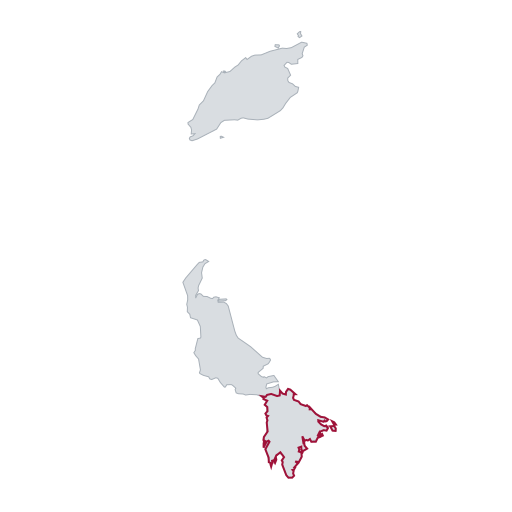 Sabah highlighted on a map of Malaysia, rotated 88°
{"feature_id": "MYS-1186", "entity_name": "Sabah", "entity_type": "State", "adm_level": 1, "iso_a3": "MYS", "parent_name": "Malaysia", "parent_adm1": "", "projection": "mercator", "projection_center": [117.356, 5.751], "detail": "medium", "context": "in_parent", "style": "outline", "palette": "rose", "viewbox_px": 512, "rotation_deg": 88, "n_neighbors": 0, "source": "natural_earth", "source_scale": "10m", "svg_char_len": 5574}
<svg xmlns="http://www.w3.org/2000/svg" viewBox="0 0 512 512"><g transform="rotate(88 256 256)"><path d="M440.2,254.7L437.4,254.2L433.5,251.8L429.5,251.0L417.9,250.9L416.2,250.2L413.9,251.6L409.9,250.4L407.5,250.5L405.0,252.0L401.3,250.7L399.5,252.9L397.2,254.2L394.7,260.0L394.1,267.0L394.6,271.2L393.5,273.6L393.0,278.5L392.1,280.6L388.8,281.5L387.4,280.8L384.5,283.8L383.7,285.0L383.6,289.7L385.9,291.2L385.9,292.2L381.1,296.1L376.9,298.4L376.3,300.4L377.9,304.6L377.2,306.5L375.1,307.5L373.4,312.8L371.5,316.2L370.7,316.6L367.9,315.5L356.9,317.0L353.6,319.7L350.5,321.5L348.0,319.8L346.8,320.0L336.5,317.0L336.1,314.4L335.1,313.9L324.5,314.1L317.9,316.8L315.4,323.6L311.9,324.2L309.3,326.6L304.8,326.3L301.9,326.9L297.5,325.8L293.3,325.7L279.7,330.0L275.4,326.9L262.3,314.9L260.4,312.9L260.0,309.2L258.5,308.5L258.0,307.5L257.8,306.5L259.8,303.5L261.9,307.3L265.2,309.5L270.8,311.0L276.2,310.5L283.6,314.4L286.0,315.0L288.6,314.7L293.2,317.7L296.0,317.8L292.3,315.8L291.6,314.1L292.0,312.4L294.5,310.0L294.8,306.3L296.7,302.7L297.0,300.9L295.7,299.6L295.4,297.4L296.5,294.2L298.9,295.8L301.0,295.4L301.0,289.7L302.6,287.2L305.1,285.5L330.4,279.8L334.6,278.4L337.4,276.7L346.5,264.5L357.4,253.1L358.8,249.0L358.7,246.2L359.4,245.5L360.5,245.1L362.9,246.6L364.2,247.7L366.4,252.6L368.5,252.8L372.1,257.5L372.9,258.1L373.9,257.8L376.7,254.8L377.5,252.6L376.9,252.2L378.2,249.7L377.0,248.1L376.0,242.3L382.4,238.1L382.4,242.9L384.2,249.7L387.4,250.7L389.0,250.3L388.1,248.2L387.8,244.2L387.0,241.5L385.0,238.1L390.3,237.4L394.4,233.7L395.0,231.4L392.4,230.1L391.4,228.3L391.3,226.4L395.5,222.1L396.0,223.3L398.6,223.7L399.9,223.6L401.7,221.9L402.6,219.3L405.8,215.7L407.6,210.1L415.7,201.1L422.1,190.4L423.4,191.3L423.8,194.2L422.4,199.2L425.2,198.0L430.1,190.9L432.9,192.0L432.8,194.0L433.9,197.6L441.9,202.2L443.0,206.8L441.2,208.6L441.8,213.0L441.2,214.4L438.6,215.7L445.8,214.4L450.0,211.8L452.5,216.2L448.4,217.9L449.3,219.7L453.2,218.7L455.6,217.1L457.9,217.5L461.6,219.2L462.7,220.2L463.4,222.3L466.1,223.1L471.6,226.1L476.7,226.0L478.4,227.5L478.3,231.3L475.6,233.6L465.2,236.7L462.4,236.6L458.6,235.4L455.8,236.1L454.1,239.8L457.3,243.4L462.7,247.2L463.4,248.1L462.4,250.0L450.1,252.9L447.5,252.6L443.0,250.8L440.2,254.7ZM43.9,202.9L45.2,197.7L47.1,197.4L49.0,200.5L55.5,202.8L57.4,202.1L58.3,202.5L59.2,203.3L61.0,207.4L65.1,207.5L65.6,214.0L63.7,216.6L63.5,218.3L66.5,221.3L68.2,220.6L69.7,217.8L76.5,215.1L79.3,218.1L81.9,218.1L83.7,217.0L85.2,213.5L87.9,210.8L88.9,207.5L92.8,208.4L94.3,209.1L98.7,216.2L104.6,221.1L108.9,223.9L111.5,226.5L118.8,239.3L119.6,243.4L120.0,249.7L118.9,259.2L117.5,263.9L117.8,266.1L119.6,269.5L119.1,272.8L119.3,282.9L121.5,286.5L127.8,290.9L137.0,310.4L138.6,315.9L137.7,318.0L136.0,318.5L134.6,317.5L133.7,314.8L131.6,312.7L131.8,316.5L127.9,316.0L125.1,316.6L121.8,319.3L120.2,319.3L117.4,314.4L107.0,308.8L103.1,307.4L99.1,303.1L89.9,298.5L84.1,293.9L81.6,291.1L75.7,288.6L73.1,285.6L70.6,284.0L71.9,281.1L70.7,275.6L66.5,270.6L64.5,267.2L60.5,263.7L57.4,259.4L59.3,258.1L56.2,253.5L55.2,250.1L55.2,243.8L51.9,234.8L49.2,222.5L49.7,218.1L49.0,213.4L43.9,202.9ZM430.4,186.3L429.0,187.5L428.7,184.2L430.5,182.5L433.2,182.1L433.3,185.1L432.6,186.0L430.4,186.3ZM37.7,202.4L39.3,204.9L38.1,206.3L37.2,205.9L35.4,207.0L33.4,204.7L33.2,203.5L35.5,203.7L37.7,202.4ZM299.8,294.7L299.1,295.0L298.0,294.2L297.8,287.3L298.5,286.6L299.6,288.0L299.8,294.7ZM48.9,226.5L47.2,229.8L45.5,229.4L45.8,225.7L46.8,225.2L48.9,226.5ZM447.3,254.4L444.1,254.8L441.9,254.8L442.2,252.9L443.3,252.7L447.3,254.4ZM137.1,287.5L135.4,287.6L135.0,286.7L136.2,284.3L137.1,287.5ZM71.1,281.6L70.0,282.0L70.1,280.6L71.0,279.8L71.1,281.6Z" fill="#d9dde1" stroke="#a8b0b8" stroke-width="1"/><path d="M417.9,251.1L416.3,249.6L415.7,251.2L413.8,252.1L411.5,249.9L407.3,250.0L405.0,252.5L401.0,249.8L399.3,253.5L398.4,253.2L396.3,255.3L397.1,251.3L395.2,249.8L394.4,245.6L396.7,239.8L396.2,237.2L391.4,236.7L394.4,234.3L395.5,231.0L392.9,230.8L389.9,228.6L390.7,226.4L395.5,221.4L395.5,224.0L395.8,222.9L399.1,223.9L401.1,223.1L402.9,218.5L405.6,216.6L407.7,211.4L406.9,210.2L409.5,207.6L411.1,207.7L411.1,206.7L409.9,206.8L415.9,201.7L419.0,197.1L419.7,193.0L421.9,189.6L423.5,191.1L423.8,192.7L422.9,193.3L424.0,194.4L422.3,199.5L423.7,199.5L426.6,196.9L428.5,193.7L427.9,191.8L429.1,191.4L429.0,190.4L430.6,190.1L433.0,191.6L432.4,194.4L433.9,198.5L437.6,200.5L439.3,198.9L439.9,200.7L443.7,202.7L443.6,207.2L440.8,208.5L442.2,210.6L441.6,212.1L442.4,213.7L437.8,216.0L444.8,215.1L444.7,214.3L447.3,214.1L450.3,211.6L452.7,216.1L451.2,217.4L448.1,217.4L449.0,220.2L451.1,219.5L452.9,220.1L453.9,217.5L458.2,217.3L463.4,220.3L462.7,223.9L464.7,221.3L468.5,225.0L468.8,224.3L470.8,225.5L471.1,226.9L472.2,225.9L474.6,226.5L476.9,225.6L478.8,227.6L478.7,231.3L476.1,233.4L465.4,237.1L462.9,236.5L461.2,237.4L458.0,235.0L453.0,238.5L456.2,242.8L460.7,244.9L461.2,247.1L463.5,246.8L464.6,248.7L463.3,248.9L462.5,250.4L457.9,250.4L449.5,253.4L442.1,249.0L441.0,249.9L442.0,252.4L440.8,253.9L441.4,254.6L440.1,255.0L437.1,254.4L431.8,250.5L422.8,251.1L420.6,250.3L417.9,251.1ZM431.1,182.3L433.6,182.6L433.2,185.6L428.8,187.8L428.7,183.8L431.1,182.3ZM443.2,254.9L441.7,253.5L443.1,252.5L447.8,255.1L443.2,254.9ZM437.8,195.5L438.7,197.7L437.3,198.5L435.1,198.1L437.3,197.1L436.3,196.1L437.8,195.5ZM460.3,242.8L463.5,244.2L462.1,244.9L457.8,243.2L460.3,242.8ZM427.3,182.0L427.4,183.8L423.8,185.7L424.9,183.6L427.3,182.0ZM464.5,247.4L467.1,248.2L465.2,248.7L464.5,247.4ZM454.0,216.4L455.1,216.9L453.7,217.0L454.0,216.4Z" fill="none" stroke="#9f1239" stroke-width="2"/></g></svg>